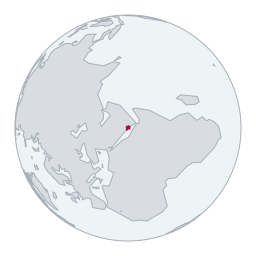 globe centered on Jizan, rotated 252°
{"feature_id": "SAU-887", "entity_name": "Jizan", "entity_type": "Region", "adm_level": 1, "iso_a3": "SAU", "parent_name": "Saudi Arabia", "parent_adm1": "", "projection": "orthographic", "projection_center": [42.341, 17.347], "detail": "fine", "context": "on_globe", "style": "filled", "palette": "rose", "viewbox_px": 256, "rotation_deg": 252, "n_neighbors": 0, "source": "natural_earth", "source_scale": "10m", "svg_char_len": 10471}
<svg xmlns="http://www.w3.org/2000/svg" viewBox="0 0 256 256"><g transform="rotate(252 128 128)"><circle cx="128" cy="128" r="113" fill="#eef3f6" stroke="#a8b0b8"/><path d="M102.0,18.4L101.6,18.5L99.3,19.1L102.0,18.4ZM99.2,19.1L100.3,18.9L102.7,18.3L104.1,18.1L103.6,18.3L100.5,19.0L100.2,19.0L99.1,19.3L97.7,19.6L98.1,19.6L94.4,20.6L97.4,20.0L93.9,21.1L91.6,21.7L92.7,21.1L91.9,21.3L99.2,19.1ZM77.0,27.6L77.9,27.1L78.9,26.7L82.9,24.9L81.2,25.8L77.4,27.8L74.0,29.5L72.2,30.6L74.7,29.7L67.5,34.0L61.3,39.0L59.6,40.2L57.6,40.7L59.8,38.5L58.6,39.3L67.5,33.0L77.0,27.6ZM57.5,40.2L57.8,40.0L53.4,43.6L52.3,44.7L51.9,45.2L53.1,44.3L51.4,45.8L50.3,46.5L51.9,45.0L52.1,44.8L52.7,44.3L57.5,40.2ZM15.4,131.1L16.5,137.9L18.5,145.4L19.4,152.0L19.6,157.4L23.7,170.5L20.9,162.9L18.7,155.1L17.0,147.2L15.9,139.2L15.4,131.1ZM83.5,24.5L83.2,24.7L82.6,24.9L83.5,24.5ZM85.6,23.7L85.1,23.8L86.0,23.5L86.3,23.4L85.6,23.7ZM89.6,22.1L91.6,21.4L85.9,23.6L87.7,22.8L87.8,22.8L89.6,22.1ZM157.5,19.3L155.2,18.7L157.5,19.3ZM103.7,18.1L101.1,18.7L103.7,18.0L103.7,18.1ZM116.7,15.9L115.6,16.1L112.6,16.5L110.6,16.7L111.7,16.7L105.0,17.8L106.9,17.4L116.7,15.9ZM152.2,18.1L151.9,18.1L151.2,17.9L152.2,18.1ZM104.8,18.0L105.7,17.7L108.8,17.2L107.6,17.6L107.0,17.6L104.8,18.0ZM120.8,15.6L120.5,15.6L121.3,15.6L115.9,16.1L117.7,15.8L120.8,15.6ZM106.0,17.8L106.9,17.9L105.0,18.4L104.1,18.2L106.0,17.8ZM110.2,16.9L111.6,16.7L110.4,16.9L110.2,16.9ZM98.8,20.5L99.8,20.0L101.5,19.6L98.8,20.5ZM107.4,17.9L108.1,17.7L108.8,17.6L109.0,17.7L107.4,17.9ZM116.0,16.2L115.4,16.3L118.2,16.0L114.5,16.5L115.9,16.5L113.1,16.8L116.0,16.2ZM111.6,17.5L107.0,18.3L104.8,19.2L103.2,19.5L107.1,18.0L111.6,17.5ZM112.7,17.0L111.7,17.4L110.2,17.5L110.0,17.3L112.7,17.0ZM119.2,16.3L120.4,15.9L121.1,15.8L119.2,16.3ZM111.2,17.7L112.4,17.6L111.3,17.8L111.2,17.7ZM117.1,16.7L117.4,16.5L118.2,16.4L117.1,16.7ZM114.3,17.5L112.8,17.7L112.7,17.5L114.3,17.5ZM115.8,17.1L116.9,17.1L113.5,17.3L115.8,17.0L115.8,17.1ZM117.8,16.7L118.4,16.6L117.6,16.7L117.8,16.7ZM115.8,18.1L111.6,18.5L111.2,18.1L115.4,17.7L115.8,18.1ZM175.6,25.9L176.4,26.3L179.5,27.8L190.2,34.1L184.6,30.7L172.0,24.4L177.0,26.7L175.5,26.1L177.1,26.9L180.6,28.8L181.3,29.1L185.1,32.8L193.0,39.3L193.3,38.2L196.1,39.8L205.4,47.9L214.3,61.4L218.1,65.0L220.0,67.8L220.5,70.1L217.7,66.0L215.8,65.2L214.2,62.7L214.0,65.6L211.6,62.2L212.6,66.5L215.0,68.8L216.1,67.2L217.9,72.8L222.3,76.7L225.5,82.6L227.6,95.1L225.5,100.3L226.0,102.4L223.7,100.8L222.9,105.7L228.8,115.8L229.4,119.2L227.1,127.1L226.6,124.6L220.7,120.5L221.1,128.8L225.7,134.0L227.3,141.4L224.5,140.1L222.7,133.7L220.5,132.0L220.0,124.9L216.1,115.2L213.1,118.2L212.3,114.0L206.5,106.7L201.6,110.8L194.7,124.0L195.5,134.9L192.3,140.3L184.1,126.0L180.9,115.9L177.6,117.4L169.4,109.5L154.4,110.5L152.5,107.9L149.6,109.4L143.9,107.1L141.2,102.8L137.6,103.2L144.9,114.5L148.8,114.1L152.4,109.4L153.7,113.5L159.3,116.8L152.1,127.4L130.2,137.2L128.6,129.1L114.7,106.8L115.4,104.3L115.3,104.0L115.2,103.5L113.4,107.5L111.2,103.2L118.0,118.7L119.0,125.4L129.9,137.7L128.7,139.0L132.4,141.5L144.8,138.1L144.8,140.8L138.6,153.4L121.9,170.2L124.4,181.1L123.7,190.1L114.1,195.7L115.7,202.4L110.8,204.5L111.0,208.1L107.5,211.7L101.4,214.7L90.1,213.7L88.8,210.5L82.3,203.6L72.9,186.5L75.1,179.2L73.8,173.0L65.8,158.1L67.5,150.5L65.5,146.9L61.3,147.0L59.0,142.6L56.6,142.0L41.6,141.2L37.5,134.7L33.7,116.9L36.7,111.3L38.1,103.8L59.8,83.3L63.4,85.6L79.5,85.2L81.3,86.4L78.4,91.9L89.6,100.5L94.4,96.1L105.5,100.9L113.6,101.2L118.3,90.6L105.1,89.9L103.8,84.6L115.2,80.7L126.8,81.8L126.7,79.9L120.2,75.2L123.7,71.8L118.0,73.3L119.7,75.4L116.2,76.6L114.4,74.8L115.7,73.6L112.4,72.5L107.0,79.2L108.1,82.0L99.0,82.6L100.0,87.6L97.2,89.6L94.5,82.1L95.4,79.6L89.6,71.5L87.9,74.1L93.2,82.1L91.1,81.3L88.7,85.6L89.0,81.7L83.6,72.9L76.0,73.6L64.7,83.0L60.5,83.2L57.7,80.3L63.3,69.8L72.0,70.7L74.1,67.5L73.7,62.4L76.3,63.3L77.2,61.4L80.6,61.7L86.7,58.0L90.3,58.0L94.0,52.9L96.3,52.3L93.5,55.4L93.5,57.9L102.7,58.6L104.9,57.6L106.5,54.3L108.8,55.2L109.2,51.9L115.1,51.2L108.2,49.6L110.0,46.2L114.2,44.0L113.5,42.7L106.6,46.4L105.0,48.2L105.5,50.2L100.0,55.5L96.6,56.2L97.7,49.9L92.9,50.3L95.9,45.6L112.7,37.7L119.1,36.7L127.0,41.6L124.8,43.4L120.9,42.5L123.4,46.2L123.7,44.5L125.7,45.4L127.8,42.8L129.3,43.3L128.8,40.2L130.8,40.6L131.1,42.5L136.0,39.6L140.6,40.0L141.0,39.1L140.1,38.1L146.5,39.5L146.5,38.8L144.4,38.0L143.1,36.3L143.2,33.8L145.4,34.5L145.7,35.4L149.6,38.6L149.9,41.3L150.8,41.4L151.0,39.2L146.3,35.3L145.8,33.7L148.4,35.2L147.4,34.5L147.8,33.9L150.3,34.0L147.6,32.3L149.2,26.3L154.2,26.3L156.3,28.1L159.7,25.8L165.1,26.7L163.1,25.9L163.5,24.6L161.8,24.3L160.9,23.9L161.0,21.5L162.7,21.7L160.6,20.4L159.6,20.1L158.2,19.8L155.2,18.7L157.5,19.3L166.7,22.2L175.6,25.9ZM51.3,94.6L50.5,96.8L51.3,94.6ZM138.7,88.8L146.0,89.2L143.6,82.6L146.3,82.3L144.5,80.3L143.4,82.1L139.2,76.7L142.7,74.9L142.3,72.1L139.8,71.9L134.1,76.3L140.0,83.9L138.0,86.6L138.7,88.8ZM53.5,43.6L52.8,44.3L52.5,44.6L53.5,43.6ZM53.8,45.1L51.0,47.6L52.8,45.8L51.7,46.4L54.1,43.6L58.8,40.7L56.2,42.4L53.8,45.1ZM58.5,39.5L56.5,41.4L58.5,39.5L58.5,39.5ZM78.7,52.1L79.5,53.4L77.5,55.3L72.9,56.2L75.7,53.3L78.7,52.1ZM80.9,54.9L83.3,48.9L86.3,48.5L84.2,49.7L85.9,50.0L83.1,52.1L83.6,57.9L81.9,60.0L74.3,59.8L77.7,58.6L76.8,57.2L80.9,54.9ZM84.2,37.4L85.3,35.6L90.3,36.8L88.7,38.4L84.0,39.0L83.1,37.6L84.2,37.4ZM89.7,22.7L89.8,22.6L90.7,22.3L91.3,22.2L89.7,22.7ZM99.1,20.3L90.2,23.6L89.9,23.4L85.1,25.9L82.3,26.6L85.5,24.9L79.8,27.5L81.5,26.2L77.7,28.1L85.1,24.3L86.5,23.5L86.1,24.0L88.6,23.3L90.1,22.8L95.3,20.9L99.5,19.3L102.7,18.7L103.8,18.7L103.3,19.0L101.4,19.2L102.1,19.4L98.9,20.1L99.1,20.3ZM115.3,23.3L113.3,22.7L114.1,24.7L111.0,24.7L111.3,24.9L108.6,25.6L105.9,26.9L104.6,26.8L104.1,27.4L102.3,28.0L101.2,28.8L98.5,29.0L96.9,30.0L96.5,29.5L94.5,31.4L94.8,30.1L92.5,30.9L93.4,31.8L81.7,32.1L76.5,33.8L72.0,36.0L73.2,33.9L78.1,30.6L84.6,27.5L89.4,26.4L89.0,25.8L91.2,25.2L90.6,25.9L92.9,24.4L94.5,24.2L100.3,22.3L102.6,20.8L104.8,20.2L104.7,20.7L107.0,19.8L108.3,20.4L109.9,20.1L112.8,20.5L111.7,21.9L113.5,21.4L115.8,22.0L115.3,23.3ZM116.6,18.3L116.0,19.5L114.0,20.3L109.8,19.3L108.2,19.5L105.4,19.2L108.4,18.2L108.9,18.4L110.1,18.3L108.7,18.6L110.7,18.3L111.5,18.6L113.2,18.4L112.6,18.8L116.6,18.3ZM84.0,84.6L85.5,85.0L88.1,85.0L86.6,87.8L84.0,84.6ZM80.2,78.5L81.7,78.3L80.9,82.0L79.3,81.7L80.2,78.5ZM83.2,75.3L81.8,78.0L81.6,76.4L83.2,75.3ZM95.0,55.2L96.6,55.0L96.5,55.8L95.3,56.9L95.0,55.2ZM117.0,30.3L116.2,29.5L116.9,29.3L117.3,27.4L119.7,27.3L120.3,28.5L117.0,30.3ZM115.6,92.3L112.9,94.3L111.9,93.2L113.0,92.8L115.6,92.3ZM98.8,91.1L102.3,92.7L98.3,91.9L98.8,91.1ZM119.7,29.9L119.6,29.1L120.8,29.6L119.7,29.9ZM121.4,27.3L123.0,27.7L120.0,27.1L121.4,27.3ZM161.3,228.5L162.1,229.2L160.3,229.5L161.3,228.5ZM143.4,188.3L136.5,203.7L131.0,203.8L129.7,199.5L132.0,190.3L138.2,187.4L141.1,183.0L143.4,188.3ZM236.1,153.5L236.7,153.2L236.6,153.8L236.1,153.5ZM235.5,152.6L236.4,151.9L235.1,153.8L235.5,152.6ZM236.7,151.6L237.6,149.8L238.0,148.6L237.8,149.7L236.7,151.6ZM234.8,153.2L229.9,156.1L227.7,156.0L228.5,153.8L232.1,152.4L234.8,153.2ZM228.3,153.9L224.5,150.5L217.5,137.9L220.0,137.3L227.0,143.8L226.6,145.6L228.9,148.6L228.3,153.9ZM236.4,139.9L235.9,144.9L233.5,146.1L232.2,146.1L231.4,140.6L231.9,137.2L233.0,136.7L235.9,123.8L237.2,125.5L236.6,130.6L237.6,134.1L236.4,139.9ZM196.0,135.8L198.9,141.7L197.0,143.1L196.0,135.8ZM236.0,115.5L235.6,121.0L235.7,114.1L236.0,115.5ZM235.5,109.4L236.0,111.6L235.1,109.8L235.5,109.4ZM226.9,105.5L225.8,106.7L225.3,105.1L226.4,102.7L226.9,105.5ZM228.0,87.8L229.9,92.3L230.3,94.0L228.9,91.6L228.0,87.8ZM139.7,30.8L136.5,33.2L135.7,35.4L137.7,37.2L133.5,36.0L134.7,32.5L139.7,30.8ZM147.8,26.7L146.0,25.5L147.6,25.5L148.3,25.8L147.8,26.7ZM146.1,26.3L142.2,25.7L141.8,24.8L144.9,25.4L146.1,26.3ZM130.9,27.3L129.8,27.9L128.8,27.4L130.9,27.3ZM218.4,195.1L217.3,196.6L216.9,196.7L219.4,193.4L223.6,185.1L224.0,185.0L226.6,179.0L231.9,170.5L236.4,158.2L236.6,157.8L234.1,165.7L231.0,173.5L227.4,181.0L223.2,188.2L218.4,195.1ZM237.5,152.2L238.7,147.5L239.0,146.6L237.5,152.2ZM240.6,131.1L240.6,130.8L240.6,129.8L240.6,131.1ZM240.0,137.0L239.9,138.3L239.8,137.7L240.0,137.0ZM240.2,135.8L240.3,136.1L240.1,137.0L240.2,135.8ZM238.1,134.6L238.4,137.3L239.2,134.4L238.6,137.9L238.8,142.1L238.5,144.2L238.3,139.5L237.7,145.3L237.3,145.6L237.4,141.1L238.0,135.0L238.4,132.2L239.7,129.5L238.1,134.6ZM240.3,132.2L240.2,129.0L240.2,126.5L240.4,128.0L240.3,132.2ZM239.3,121.6L238.3,118.4L237.9,120.6L238.2,113.8L239.2,117.9L239.3,121.6ZM237.7,113.6L237.4,115.6L237.3,111.8L237.7,113.6ZM237.0,114.4L236.4,111.8L236.9,111.7L237.0,114.4ZM237.9,113.4L237.1,108.7L237.8,111.2L237.9,113.4ZM234.8,106.0L236.8,109.4L235.1,108.9L232.6,100.3L233.2,99.5L234.8,106.0ZM222.8,69.6L221.3,67.5L221.1,66.5L222.2,68.2L222.8,69.6ZM219.2,62.3L220.6,65.6L221.5,68.7L222.3,69.4L224.5,73.4L222.0,70.4L219.8,65.5L219.5,63.9L217.3,60.8L215.8,58.2L212.8,54.7L211.5,53.0L214.1,55.8L219.2,62.3ZM211.5,53.3L205.8,47.3L206.4,47.4L207.9,48.7L210.2,51.4L209.7,51.1L211.5,53.3ZM204.6,46.0L204.0,45.8L194.4,38.5L192.6,37.1L200.2,42.2L200.1,42.4L202.4,44.3L204.6,46.0ZM153.2,18.4L152.1,18.2L152.9,18.3L153.2,18.4ZM160.0,23.7L158.9,23.1L159.9,23.2L160.0,23.7ZM156.4,21.7L156.0,22.0L155.5,21.4L156.4,21.7ZM155.2,23.0L155.4,22.0L156.6,23.3L155.2,23.0Z" fill="#d9dde1" stroke="#a8b0b8" stroke-width="1"/><path d="M129.6,129.3L129.4,129.3L129.3,129.6L129.2,129.7L129.1,129.8L128.9,129.9L128.8,129.7L128.7,129.6L128.7,129.4L128.7,129.2L128.4,129.0L128.4,128.9L128.4,128.7L128.2,128.6L128.1,128.4L128.0,128.5L128.0,128.4L128.0,128.1L127.9,128.0L128.0,127.9L127.9,127.8L127.8,127.7L127.6,127.6L127.6,127.4L127.4,127.4L127.2,127.2L126.9,127.0L126.9,126.9L126.7,126.8L126.7,126.7L126.8,126.7L126.7,126.7L126.6,126.4L126.8,126.2L127.1,126.1L127.2,126.4L127.2,126.5L127.3,126.6L127.5,126.6L127.6,126.8L127.8,126.9L128.0,126.9L128.2,127.0L128.3,127.2L128.5,127.3L128.7,127.0L128.8,126.9L129.0,126.7L129.1,126.8L129.2,127.0L129.3,127.1L129.4,127.3L129.5,127.3L129.7,127.5L129.9,127.7L129.8,127.8L129.6,127.9L129.6,128.0L129.5,128.3L129.5,128.5L129.5,128.8L129.4,128.8L129.5,128.9L129.5,129.0L129.6,129.3L129.6,129.3ZM127.7,129.3L127.7,129.5L127.6,129.4L127.4,129.3L127.2,129.3L127.2,129.2L126.9,129.0L126.9,128.9L127.0,128.9L127.0,129.0L127.3,129.2L127.5,129.2L127.4,129.2L127.5,129.0L127.7,129.3ZM127.2,129.1L127.1,128.9L127.2,128.7L127.3,128.8L127.2,128.9L127.3,128.9L127.3,129.0L127.2,129.0L127.3,129.0L127.2,129.1L127.2,129.1Z" fill="#f43f5e" stroke="#9f1239" stroke-width="1.5"/></g></svg>